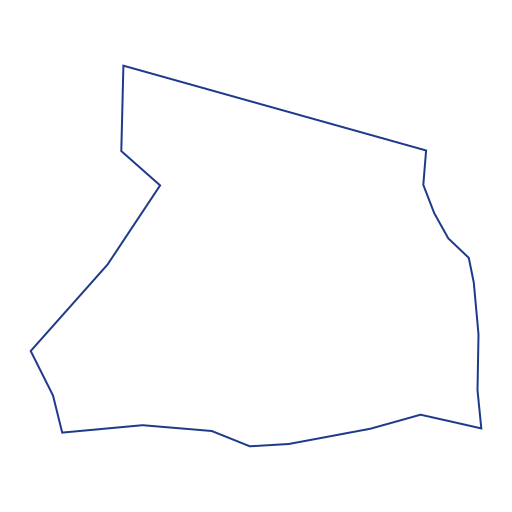 outline of Sardoba, Sirdaryo, Uzbekistan
{"feature_id": "79887680B81197262322731", "entity_name": "Sardoba", "entity_type": "district", "adm_level": 2, "iso_a3": "UZB", "parent_name": "Uzbekistan", "parent_adm1": "Sirdaryo", "projection": "equal_earth", "projection_center": [68.315, 40.329], "detail": "fine", "context": "isolated", "style": "outline", "palette": "blue", "viewbox_px": 512, "rotation_deg": 0, "n_neighbors": 0, "source": "geoboundaries", "source_scale": "gbopen_adm2", "svg_char_len": 399}
<svg xmlns="http://www.w3.org/2000/svg" viewBox="0 0 512 512"><path d="M288.6,444.0L370.5,428.7L420.5,414.7L481.3,428.4L477.5,390.2L478.5,334.5L473.8,282.7L468.8,257.9L448.3,238.4L434.2,213.1L423.3,184.9L426.1,150.5L123.4,65.7L121.3,151.1L160.1,185.4L107.5,264.6L30.7,351.0L53.0,395.5L62.2,432.6L142.6,425.2L211.7,431.0L249.8,446.3L288.6,444.0Z" fill="none" stroke="#1e3a8a" stroke-width="2"/></svg>